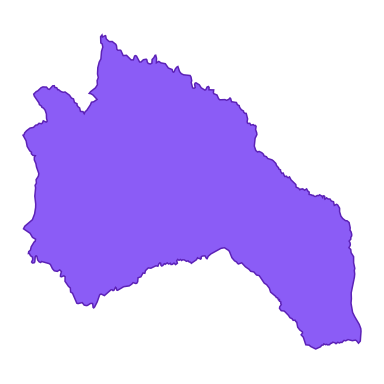 outline of Rosas, Cauca, Colombia
{"feature_id": "7082276B70920947673933", "entity_name": "Rosas", "entity_type": "district", "adm_level": 2, "iso_a3": "COL", "parent_name": "Colombia", "parent_adm1": "Cauca", "projection": "equal_earth", "projection_center": [-76.744, 2.253], "detail": "fine", "context": "isolated", "style": "filled", "palette": "violet", "viewbox_px": 384, "rotation_deg": 0, "n_neighbors": 0, "source": "geoboundaries", "source_scale": "gbopen_adm2", "svg_char_len": 5865}
<svg xmlns="http://www.w3.org/2000/svg" viewBox="0 0 384 384"><path d="M28.4,253.5L29.3,253.4L30.5,255.7L32.5,257.2L32.7,259.6L31.6,262.0L32.4,263.0L34.1,262.8L34.8,261.9L35.2,256.9L35.7,256.0L36.5,255.9L36.9,256.5L37.7,260.0L39.2,261.9L40.7,262.5L41.6,261.5L49.1,263.6L50.4,264.5L52.5,268.8L54.3,270.8L57.3,271.4L59.7,269.9L61.4,271.6L60.5,275.0L60.5,276.5L61.6,276.8L63.8,275.8L65.1,276.7L65.0,281.3L68.5,286.4L70.3,287.9L70.6,292.0L72.5,293.2L76.8,303.2L78.0,303.6L82.2,302.6L84.2,305.1L86.3,305.6L87.5,305.4L90.4,303.5L92.3,303.4L92.7,303.8L93.1,307.4L93.7,307.9L94.6,307.0L97.2,301.9L99.6,295.0L100.2,294.3L101.3,294.1L104.4,295.6L110.9,289.9L112.0,289.7L113.0,290.6L113.9,290.3L115.5,287.3L116.2,287.9L116.7,290.0L117.6,290.3L123.7,286.7L129.2,285.9L131.8,284.1L133.1,282.6L135.7,283.5L136.7,283.3L137.7,281.7L138.0,277.8L140.9,276.8L143.0,273.0L144.8,273.3L145.5,270.6L148.3,267.9L150.9,268.2L155.9,265.8L157.9,266.2L158.9,263.8L159.8,262.9L160.6,263.2L161.0,265.4L161.7,266.0L162.7,265.6L164.2,263.8L164.6,263.7L165.2,264.3L167.2,262.9L168.6,264.0L170.4,263.3L171.0,264.5L172.3,264.4L174.0,263.1L175.6,264.6L177.4,263.2L176.7,260.8L177.7,259.4L179.0,260.3L180.5,259.5L181.6,260.5L182.6,259.8L184.3,259.9L186.4,261.3L188.1,260.9L189.2,262.0L190.6,262.2L191.3,263.3L196.5,259.7L197.5,257.8L198.4,258.4L200.2,258.4L200.3,259.1L200.7,259.1L201.2,258.4L201.2,256.9L202.2,256.1L204.9,255.8L206.5,258.5L207.1,258.7L208.2,256.3L210.9,253.9L220.9,248.4L224.4,247.7L228.6,250.4L229.5,251.6L231.9,257.7L234.5,260.8L236.6,262.0L237.5,263.3L238.4,264.0L241.7,262.8L245.4,266.8L249.0,269.3L250.7,271.3L253.8,271.9L256.5,275.0L259.2,275.6L264.3,283.2L266.6,284.6L269.3,288.1L270.6,292.1L275.7,296.4L276.3,297.5L277.6,297.8L278.5,299.9L279.4,299.6L279.5,301.2L280.8,301.9L280.8,303.6L281.3,304.5L279.7,306.9L279.5,308.4L281.2,310.7L284.0,311.0L284.8,311.6L288.5,315.4L289.9,317.6L292.1,318.8L293.1,320.3L295.2,320.3L295.8,321.6L296.7,322.1L297.7,327.2L299.8,330.0L302.4,331.9L302.5,333.1L301.1,334.8L303.3,337.2L305.8,344.8L309.3,345.2L310.5,346.4L315.7,349.0L320.5,346.8L321.8,345.2L323.2,345.0L323.8,343.9L325.6,344.7L326.6,344.3L327.7,344.9L329.6,344.7L330.6,343.4L331.6,343.3L332.8,342.2L334.9,342.8L336.0,343.7L337.8,342.3L339.5,343.0L340.9,342.2L341.9,342.5L344.0,340.4L345.7,340.8L348.0,339.6L352.4,340.7L355.4,340.1L356.5,340.7L358.5,343.2L360.3,341.1L361.0,331.3L360.8,328.6L359.2,324.3L354.6,316.5L352.6,312.4L351.0,303.1L351.4,298.9L351.2,292.9L354.4,277.2L354.7,274.0L354.3,270.5L354.8,268.4L353.6,262.8L353.6,256.7L351.1,252.7L350.7,249.4L348.9,247.7L350.1,245.6L350.3,244.3L350.0,242.7L349.1,241.1L350.8,239.2L350.8,237.4L351.7,235.9L351.7,234.2L351.1,231.9L350.0,230.1L350.2,227.8L349.1,222.5L347.1,220.8L345.4,220.6L342.7,218.5L340.9,216.1L339.6,211.8L339.6,208.2L337.7,205.0L336.6,204.3L334.3,205.4L333.5,201.7L331.3,201.0L330.0,199.0L328.2,199.0L326.5,197.8L324.9,199.2L324.5,198.6L324.7,196.6L324.3,196.0L323.3,195.8L322.5,197.4L321.9,196.1L319.6,194.8L318.7,195.6L317.2,195.5L315.8,196.4L314.6,196.4L312.9,195.2L312.2,195.5L311.2,194.8L309.1,194.4L309.2,192.1L307.8,191.0L306.6,188.9L304.6,190.2L302.7,188.8L302.0,189.3L301.1,188.9L299.9,189.8L298.7,188.3L296.1,187.1L295.8,184.5L291.0,179.8L289.5,176.9L288.2,177.7L287.4,177.4L286.5,176.2L284.7,176.5L283.1,173.0L281.9,173.4L280.6,171.3L280.5,169.9L278.7,168.8L278.5,167.7L276.5,165.5L275.9,163.5L273.3,160.8L271.9,159.8L267.7,158.5L266.4,156.7L263.9,155.8L263.5,154.3L261.8,152.7L259.1,151.4L257.6,152.0L255.8,150.5L254.3,146.1L255.1,138.3L256.9,134.6L256.7,132.8L255.6,129.6L256.1,126.3L255.3,125.4L254.3,125.6L253.3,124.6L250.9,125.1L249.8,123.3L248.0,123.4L247.4,122.9L247.1,121.7L247.6,118.9L246.2,113.4L244.7,113.2L243.7,112.2L243.5,111.0L241.3,109.7L239.6,107.3L239.2,105.6L237.4,104.7L236.4,102.5L231.5,101.7L230.7,98.7L230.0,98.0L228.7,99.4L226.6,100.3L224.9,99.6L219.8,99.8L218.6,98.7L217.0,95.0L213.7,93.6L213.4,92.5L213.7,89.9L209.0,89.8L209.1,87.4L208.4,86.5L207.1,87.0L205.8,89.7L204.9,90.1L201.2,87.8L199.3,84.8L196.0,82.8L195.1,83.2L194.6,84.3L195.2,87.6L194.0,88.3L192.6,87.8L191.2,82.5L191.7,80.7L191.0,77.0L190.1,75.5L183.6,74.8L181.2,73.6L179.6,71.6L177.9,66.5L176.7,67.2L175.3,69.0L174.2,71.7L173.4,72.2L172.7,71.6L172.1,69.5L168.3,68.0L165.3,63.7L161.0,62.9L158.8,61.4L156.4,62.8L156.5,58.2L155.7,55.2L155.0,55.4L153.9,57.6L152.1,59.5L151.9,63.1L150.3,64.0L148.2,63.4L147.2,61.9L146.9,59.9L146.2,59.2L143.4,59.7L141.0,62.0L139.6,62.0L136.5,56.1L135.6,55.6L134.6,56.0L133.3,59.9L131.1,59.9L126.5,55.3L123.2,55.6L120.9,50.5L120.1,50.1L118.0,50.3L116.9,49.4L116.5,45.8L115.8,44.3L112.2,41.5L109.5,41.6L108.3,40.8L106.2,38.8L105.7,35.9L105.3,35.6L102.4,37.0L102.0,35.0L100.6,36.7L100.8,42.9L102.2,44.0L102.8,47.1L101.5,51.4L100.9,58.9L99.2,62.1L97.8,67.7L97.5,74.0L98.3,77.6L97.1,80.6L97.4,84.8L95.4,87.9L90.5,91.7L89.2,93.4L91.1,93.8L93.0,95.0L97.1,99.4L93.7,101.8L91.5,102.2L90.3,105.0L86.7,110.4L85.2,111.6L84.2,113.7L83.0,111.6L80.5,111.4L79.6,107.9L78.3,107.0L77.1,105.4L77.0,103.7L74.5,102.5L73.5,98.9L71.4,98.0L69.5,95.2L65.1,92.0L63.1,92.3L60.8,91.4L58.5,89.6L57.7,89.7L56.7,87.7L54.9,87.5L54.3,85.7L52.7,85.8L49.4,89.4L48.2,89.1L46.5,87.1L42.9,86.9L41.1,87.7L37.6,91.0L36.3,91.5L33.7,94.1L34.3,96.1L38.9,102.8L39.4,104.6L41.5,106.1L41.9,107.3L43.5,108.1L45.1,110.2L46.4,114.0L46.5,118.3L47.2,121.0L46.6,122.0L45.9,122.0L43.3,120.8L42.5,122.8L41.5,123.7L39.0,123.3L37.5,124.8L35.6,125.2L33.5,127.4L30.0,128.1L26.6,130.7L24.7,132.8L24.0,134.8L23.0,135.2L26.1,140.8L27.2,146.5L29.8,150.9L31.5,152.3L31.3,153.7L32.9,155.4L35.3,155.7L34.3,157.3L34.3,159.9L35.9,163.6L36.5,167.0L38.8,173.5L38.4,176.1L36.1,179.7L36.4,183.2L35.1,185.3L35.6,187.9L34.8,196.1L35.7,204.1L35.6,207.6L34.6,213.9L32.4,219.7L24.8,226.2L23.5,228.8L30.1,233.3L32.5,237.4L35.6,239.2L35.1,241.4L34.1,242.0L31.2,246.8L30.4,250.2L28.7,251.6L28.4,253.5Z" fill="#8b5cf6" stroke="#5b21b6" stroke-width="1.5"/></svg>